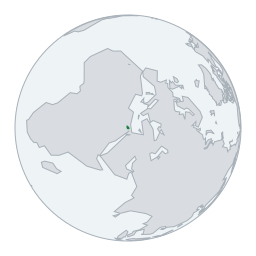 globe centered on Al Fayyum, rotated 83°
{"feature_id": "EGY-1542", "entity_name": "Al Fayyum", "entity_type": "Governorate", "adm_level": 1, "iso_a3": "EGY", "parent_name": "Egypt", "parent_adm1": "", "projection": "orthographic", "projection_center": [30.723, 29.357], "detail": "fine", "context": "on_globe", "style": "filled", "palette": "green", "viewbox_px": 256, "rotation_deg": 83, "n_neighbors": 0, "source": "natural_earth", "source_scale": "10m", "svg_char_len": 9880}
<svg xmlns="http://www.w3.org/2000/svg" viewBox="0 0 256 256"><g transform="rotate(83 128 128)"><circle cx="128" cy="128" r="113" fill="#eef3f6" stroke="#a8b0b8"/><path d="M124.0,15.4L125.9,15.4L126.6,15.4L129.6,15.4L129.3,15.4L130.4,15.4L140.9,16.1L143.3,16.4L142.9,16.5L137.9,16.0L137.6,16.1L141.1,16.5L143.0,17.0L137.8,16.4L140.5,17.3L132.6,17.5L119.0,17.0L114.4,18.3L99.9,21.2L101.0,21.4L96.3,23.1L95.8,24.1L93.2,24.7L95.0,25.0L97.4,24.3L99.0,24.3L99.0,24.9L95.7,25.7L95.3,25.5L94.3,26.0L92.7,26.2L93.4,26.4L89.5,27.4L93.3,27.4L90.0,29.0L87.4,29.5L87.9,28.1L83.1,26.8L80.6,27.4L76.7,29.2L68.7,35.1L65.9,36.5L62.0,39.3L63.4,38.9L67.0,36.7L68.7,37.1L72.9,34.6L74.2,34.5L78.5,32.8L77.6,34.5L74.4,37.3L70.8,38.9L69.3,40.3L72.5,40.2L65.6,44.9L60.8,51.3L59.0,52.6L56.0,52.1L56.5,48.2L52.6,48.7L54.8,50.0L50.4,53.6L49.6,55.1L49.6,56.0L51.2,55.4L49.6,57.1L46.8,56.1L48.2,54.5L49.1,54.7L49.3,53.1L47.4,53.0L45.3,55.1L44.6,53.6L43.1,55.2L42.1,56.0L44.5,53.4L40.1,58.2L39.1,58.8L44.4,52.5L50.1,46.7L56.2,41.2L62.7,36.2L69.6,31.7L76.8,27.7L84.2,24.2L91.9,21.3L99.7,19.0L107.7,17.2L115.9,16.0L124.0,15.4ZM17.9,104.1L17.4,107.3L17.2,108.1L16.0,119.8L16.7,128.4L16.9,133.9L16.6,135.9L17.3,138.6L17.3,140.4L21.8,151.1L25.6,159.7L26.5,165.7L25.3,169.1L28.8,180.8L28.1,180.0L24.4,172.2L21.3,164.1L18.8,155.8L17.0,147.3L15.9,138.7L15.4,130.0L15.6,121.3L16.4,112.7L17.9,104.1ZM143.8,16.5L144.5,16.6L145.5,16.7L143.8,16.5ZM78.7,32.0L78.6,32.4L77.8,32.5L78.7,32.0ZM80.6,30.9L79.9,30.8L80.7,30.3L81.1,30.4L80.6,30.9ZM145.7,17.0L147.0,17.4L144.8,16.9L145.7,17.0ZM81.4,31.3L82.2,29.4L83.7,28.6L86.6,28.3L81.4,31.3ZM147.2,17.5L150.4,18.8L152.3,19.0L148.7,19.3L147.2,18.0L144.2,17.3L146.5,17.6L147.2,17.5ZM98.2,23.9L95.7,24.6L97.9,23.5L98.2,23.9ZM99.3,23.2L103.8,20.3L107.6,19.7L105.3,20.7L110.3,19.7L109.9,20.8L107.1,21.6L104.7,21.7L106.4,22.1L99.3,23.2ZM146.1,19.5L146.1,19.8L145.1,19.4L146.1,19.5ZM99.9,24.2L100.4,23.6L103.8,23.0L103.2,24.2L102.3,24.0L99.9,24.2ZM111.7,19.0L114.1,18.9L114.5,19.8L115.4,19.9L110.2,20.8L111.7,19.0ZM101.5,24.4L102.8,24.9L101.2,25.7L99.5,24.8L101.5,24.4ZM104.9,22.4L106.4,22.3L105.4,22.7L104.9,22.4ZM96.2,29.4L96.8,28.5L98.6,28.1L96.2,29.4ZM103.4,25.0L104.0,24.7L104.8,24.5L105.3,24.9L103.4,25.0ZM110.8,21.4L110.4,21.9L113.0,21.1L113.3,21.8L109.8,22.4L111.4,22.5L111.6,22.7L108.5,22.9L110.8,21.4ZM108.1,24.8L103.7,26.1L102.2,27.8L100.6,28.2L103.3,25.3L108.1,24.8ZM108.6,23.7L108.0,24.4L106.3,24.4L105.7,23.9L108.6,23.7ZM114.8,22.2L115.2,20.9L116.0,20.8L114.8,22.2ZM108.0,25.3L109.1,25.0L108.1,25.4L108.0,25.3ZM113.1,23.1L113.1,22.6L114.0,22.5L113.1,23.1ZM111.2,24.9L109.8,25.3L109.3,24.9L111.2,24.9ZM112.3,24.1L113.5,24.1L110.0,24.5L112.2,23.8L112.3,24.1ZM113.9,23.1L114.5,22.9L113.8,23.4L113.9,23.1ZM113.7,26.4L109.4,27.0L108.4,26.0L112.7,25.5L113.7,26.4ZM52.5,156.7L46.6,138.5L49.9,133.4L50.7,125.9L73.4,106.6L78.0,109.4L95.6,109.4L97.7,110.6L95.4,116.4L108.4,125.2L112.9,120.6L124.9,125.0L133.1,124.8L136.6,113.5L123.1,113.6L121.1,108.1L132.1,103.3L143.8,103.5L143.4,101.4L136.2,97.0L139.2,93.0L133.8,95.1L135.8,97.2L132.4,98.8L130.4,97.0L131.5,95.5L128.0,94.6L123.6,102.2L125.2,105.1L115.9,106.3L117.6,111.4L115.0,113.7L111.1,105.9L111.7,103.1L104.3,94.4L102.8,97.4L109.7,105.9L107.5,105.1L105.6,109.7L105.2,105.6L98.1,96.0L89.9,96.7L79.0,106.6L74.3,106.5L70.5,103.1L74.9,91.9L85.0,93.4L86.6,89.9L85.0,84.0L88.2,85.1L88.7,83.1L92.6,83.5L98.3,79.3L102.3,79.4L104.9,73.3L107.3,72.7L105.0,76.3L105.6,79.1L115.4,79.7L117.4,78.5L118.4,74.6L121.0,75.5L120.6,71.7L126.4,70.5L119.0,69.0L119.9,65.0L123.6,62.1L122.6,60.6L116.5,65.4L115.3,67.6L116.4,69.9L111.9,76.3L108.4,77.1L108.1,69.7L103.1,70.3L105.0,64.7L120.2,54.5L126.4,52.9L135.7,58.2L134.1,60.6L129.9,59.8L133.4,64.1L133.3,62.0L135.5,62.8L136.9,59.6L138.5,60.1L137.1,56.3L139.2,56.5L140.0,58.9L143.9,54.8L148.3,54.6L148.5,53.5L147.3,52.3L153.8,53.2L153.5,52.4L151.4,51.7L149.5,49.7L148.8,46.6L151.0,47.0L151.6,48.2L156.2,51.6L157.4,54.9L158.3,54.8L157.8,52.1L152.2,47.9L151.1,45.9L154.0,47.6L152.9,46.8L153.0,46.0L155.3,45.7L152.2,43.8L151.0,35.4L155.4,34.4L158.1,36.5L159.7,32.1L164.4,32.0L162.4,31.3L161.8,29.2L160.3,29.1L159.3,28.7L157.0,24.0L158.2,23.6L154.9,21.4L153.9,21.2L152.8,21.3L148.7,19.3L152.3,19.0L154.5,19.5L155.4,19.2L160.2,20.7L164.6,22.0L169.5,24.3L172.5,25.3L172.5,25.1L176.6,26.7L185.3,31.2L178.4,28.4L165.5,23.3L170.8,25.3L169.6,25.2L171.6,26.3L175.3,27.8L175.7,27.8L181.9,33.4L191.0,39.9L190.2,37.8L192.5,38.5L202.2,45.5L214.0,60.2L217.2,62.5L219.2,65.0L220.5,68.0L217.6,64.3L216.4,64.4L214.6,62.1L215.7,66.1L213.1,63.0L215.2,67.9L217.4,69.7L217.4,67.0L220.3,73.1L223.8,75.5L227.2,80.8L231.5,94.3L231.3,101.1L231.9,103.1L230.3,102.5L230.5,108.1L235.4,115.8L236.1,119.0L235.3,128.0L234.8,125.8L230.5,124.2L231.4,132.2L234.8,135.3L236.0,141.5L234.2,141.5L232.7,136.3L231.2,135.5L230.4,128.8L226.8,120.5L224.9,124.6L223.8,120.6L218.6,114.9L215.1,120.6L210.5,135.5L211.8,145.9L209.3,151.8L201.6,139.9L198.1,130.5L195.3,132.7L187.3,126.4L173.5,129.8L171.6,127.5L169.0,129.4L163.4,127.7L160.3,123.7L156.9,124.6L165.0,135.1L168.6,134.2L171.7,128.9L173.2,132.9L178.7,135.4L172.7,146.9L152.3,159.1L150.3,151.4L134.8,130.4L135.2,127.9L135.2,127.6L135.0,127.1L133.6,131.3L130.9,127.0L139.2,142.1L140.6,148.6L152.0,159.6L150.9,160.9L154.6,162.9L166.4,158.2L166.4,160.8L160.9,173.4L144.6,190.4L146.7,199.8L145.6,207.6L135.5,213.1L136.5,218.4L131.3,220.3L131.0,223.1L126.9,226.0L119.9,228.5L108.1,227.7L107.2,225.4L101.2,220.1L92.7,206.2L95.6,200.1L94.5,194.7L85.9,181.1L87.8,174.2L85.5,170.8L80.8,170.7L78.2,166.4L75.4,165.7L57.8,163.5L52.5,156.7ZM65.4,118.0L64.7,120.2L65.4,118.0ZM156.3,109.6L163.3,109.1L160.2,102.4L162.6,101.8L160.6,99.9L159.9,102.0L155.1,96.7L158.1,94.2L157.3,91.3L154.8,91.4L150.0,96.9L156.9,104.2L155.3,107.4L156.3,109.6ZM17.4,107.4L17.2,109.2L17.2,108.3L17.4,107.4ZM22.2,89.7L21.7,91.5L21.9,90.5L22.2,89.7ZM23.7,85.4L22.6,88.4L22.8,87.8L23.7,85.4ZM50.6,53.7L50.8,53.8L50.5,55.0L49.9,55.0L50.6,53.7ZM53.7,58.0L51.1,60.7L52.6,58.6L51.2,58.9L52.5,55.1L58.2,53.1L55.4,54.5L53.7,58.0ZM55.8,49.8L54.3,52.2L55.7,49.7L55.8,49.8ZM88.1,72.2L89.2,73.8L87.6,76.0L82.6,76.7L85.0,73.5L88.1,72.2ZM91.3,75.6L92.3,68.5L95.4,68.1L93.5,69.5L95.5,69.9L92.9,72.3L94.9,79.1L93.6,81.5L85.1,81.1L88.6,79.7L87.2,78.2L91.3,75.6ZM89.4,54.0L89.9,51.6L96.1,53.5L94.9,55.5L89.8,56.2L88.3,54.2L89.4,54.0ZM86.5,31.5L86.2,31.0L87.1,30.7L88.1,30.9L86.5,31.5ZM96.3,29.0L88.3,33.6L87.7,33.2L83.8,36.7L80.6,37.1L83.2,34.8L77.8,37.9L78.9,35.9L75.4,38.3L81.6,32.9L82.3,31.5L82.7,32.9L85.7,32.5L87.2,31.9L92.0,29.3L95.1,26.4L98.5,25.8L100.1,26.2L99.9,26.8L97.7,27.0L99.0,27.7L95.7,28.4L96.3,29.0ZM116.8,35.0L114.4,34.2L116.4,37.1L113.1,37.2L113.5,37.6L111.1,38.6L108.8,40.5L107.4,40.3L107.1,41.1L105.5,41.9L104.6,43.1L101.7,43.2L100.5,44.7L99.8,43.9L98.4,46.5L98.2,44.7L96.0,45.8L97.4,46.9L83.9,46.3L78.4,48.0L74.0,50.4L74.2,47.4L78.4,43.3L84.5,39.5L89.8,38.6L88.9,37.5L91.1,36.8L90.9,37.9L92.6,35.9L94.4,35.6L99.8,33.1L101.2,30.6L103.2,29.7L103.6,30.6L105.4,29.2L107.4,30.4L108.9,29.8L112.4,30.6L112.2,32.9L113.9,32.2L116.6,32.9L116.8,35.0ZM114.6,26.6L115.1,29.0L113.6,30.3L108.1,28.4L106.5,28.7L102.9,27.9L105.2,26.0L106.0,26.4L107.3,26.4L106.1,27.0L108.1,26.5L109.3,27.1L111.1,26.9L110.8,27.7L114.6,26.6ZM100.4,108.7L102.1,109.1L104.8,109.1L103.7,112.1L100.4,108.7ZM95.4,102.2L96.9,102.0L96.6,105.9L94.9,105.6L95.4,102.2ZM98.0,98.6L97.0,101.7L96.5,99.8L98.0,98.6ZM106.5,76.0L108.2,75.7L108.3,76.6L107.3,77.9L106.5,76.0ZM122.0,44.7L120.8,43.7L121.4,43.3L121.0,40.7L123.4,40.6L124.6,42.1L122.0,44.7ZM134.1,115.5L131.7,117.7L130.5,116.7L131.6,116.1L134.1,115.5ZM116.8,115.2L120.7,116.8L116.5,116.0L116.8,115.2ZM124.5,44.1L124.1,43.0L125.5,43.6L124.5,44.1ZM125.1,40.4L126.9,40.8L123.6,40.3L125.1,40.4ZM174.1,230.4L174.4,230.4L172.8,231.1L174.1,230.4ZM164.7,203.9L156.8,217.4L151.5,218.2L150.7,214.8L153.7,206.9L159.8,203.8L162.9,199.7L164.7,203.9ZM239.0,147.1L237.0,153.1L235.8,154.2L236.4,152.0L238.2,148.5L239.0,147.1ZM236.3,152.1L234.2,151.0L229.3,142.2L231.1,140.7L235.8,143.9L235.5,145.6L236.8,147.2L236.3,152.1ZM240.3,134.6L240.0,139.3L239.2,142.3L238.6,143.1L238.3,138.6L238.5,135.1L239.0,134.0L239.6,119.6L240.1,120.2L240.3,125.7L240.6,128.1L240.3,134.6ZM212.3,146.6L214.9,151.5L213.3,153.4L212.3,146.6ZM238.7,111.0L239.2,117.1L238.4,109.8L238.7,111.0ZM237.6,104.8L238.1,106.7L237.5,105.5L237.6,104.8ZM233.0,106.0L232.5,107.8L231.9,106.4L232.2,103.2L233.0,106.0ZM229.8,85.4L231.8,89.6L232.5,91.2L231.2,89.3L229.8,85.4ZM144.3,43.1L142.2,46.7L142.3,49.6L144.8,51.6L140.3,50.6L140.2,46.0L144.3,43.1ZM150.0,36.2L147.7,34.8L149.3,34.6L150.0,34.9L150.0,36.2ZM148.2,35.9L144.4,35.8L143.6,34.5L146.7,34.8L148.2,35.9ZM134.5,39.5L133.7,40.5L132.5,39.9L134.5,39.5ZM240.4,135.4L240.4,134.7L240.6,128.6L240.6,125.6L240.6,125.0L240.6,127.1L240.6,128.1L240.6,129.0L240.4,135.4ZM239.6,112.9L239.4,111.9L239.7,114.6L238.6,106.9L238.8,108.0L239.6,112.9ZM238.7,107.4L239.0,109.9L238.3,105.7L238.7,107.4ZM238.7,109.0L238.2,106.7L238.2,106.0L238.7,109.0ZM238.6,106.9L237.6,102.5L238.1,104.4L238.6,106.9ZM236.7,101.7L237.8,103.5L237.4,104.6L234.8,96.8L234.8,95.5L236.7,101.7ZM220.6,65.1L219.2,63.3L218.5,61.9L219.7,63.5L220.6,65.1ZM214.8,56.4L217.8,61.0L220.0,65.1L220.5,65.3L223.1,69.2L221.1,67.1L217.8,61.8L216.6,59.4L214.1,56.4L211.8,53.4L208.8,50.4L207.1,48.5L209.4,50.5L214.8,56.4ZM207.6,49.2L201.5,43.9L201.2,42.9L202.5,43.8L205.4,46.6L205.4,47.0L207.6,49.2ZM200.0,42.4L199.9,42.8L190.9,37.5L188.9,36.2L195.6,39.2L195.9,39.8L198.2,41.4L200.0,42.4ZM147.3,19.9L146.2,19.8L146.9,19.7L147.3,19.9ZM158.5,28.7L157.2,28.1L158.0,27.8L158.5,28.7ZM154.1,26.3L154.0,27.0L153.1,26.0L154.1,26.3ZM154.2,28.9L153.6,27.2L155.5,29.1L154.2,28.9Z" fill="#d9dde1" stroke="#a8b0b8" stroke-width="1"/><path d="M128.6,127.9L128.6,128.0L128.4,128.2L128.4,128.3L128.2,128.5L127.4,128.7L127.2,128.7L126.4,128.5L127.2,127.7L127.4,127.6L127.7,127.5L128.0,127.3L128.4,127.3L128.5,127.3L128.6,127.9Z" fill="#22c55e" stroke="#15803d" stroke-width="1.5"/></g></svg>